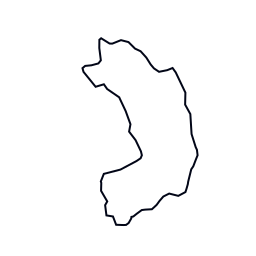 Boyo, Nord-Ouest, Cameroon, rotated 320°
{"feature_id": "32672807B40523536040617", "entity_name": "Boyo", "entity_type": "district", "adm_level": 2, "iso_a3": "CMR", "parent_name": "Cameroon", "parent_adm1": "Nord-Ouest", "projection": "mercator", "projection_center": [10.331, 6.408], "detail": "fine", "context": "isolated", "style": "outline", "palette": "ink", "viewbox_px": 256, "rotation_deg": 320, "n_neighbors": 0, "source": "geoboundaries", "source_scale": "gbopen_adm2", "svg_char_len": 1035}
<svg xmlns="http://www.w3.org/2000/svg" viewBox="0 0 256 256"><g transform="rotate(320 128 128)"><path d="M153.4,199.3L159.5,195.9L163.8,193.6L166.8,189.0L167.5,186.3L172.8,173.5L184.7,157.4L186.8,146.8L194.7,137.8L200.3,116.1L200.7,110.7L195.2,108.9L187.9,104.9L186.2,99.0L186.2,93.9L187.3,85.9L187.0,77.3L184.4,71.7L183.6,62.5L179.1,56.2L170.3,53.3L168.2,51.5L165.1,42.0L162.8,42.0L157.4,48.3L150.7,58.7L146.8,59.5L140.2,56.4L135.1,52.9L131.6,52.9L130.0,56.4L129.7,75.6L137.6,79.0L137.1,84.8L141.0,98.9L140.6,100.2L137.1,113.5L132.3,126.7L126.5,131.5L126.0,142.2L122.9,154.2L121.1,157.8L118.2,159.3L113.4,158.8L95.5,155.0L80.0,147.6L72.8,151.5L72.3,152.8L67.0,158.8L64.9,170.9L60.9,172.4L55.3,181.1L59.6,186.1L58.3,189.9L56.7,194.5L62.0,199.3L64.2,201.0L67.4,201.2L72.3,199.4L73.5,198.3L75.2,199.2L79.6,199.3L85.8,199.7L88.6,201.5L94.1,205.6L100.5,205.3L105.4,204.1L111.0,203.2L117.4,204.7L122.9,212.3L130.8,214.0L133.7,212.2L137.7,209.5L139.6,207.8L149.9,200.3L153.4,199.3Z" fill="none" stroke="#020617" stroke-width="2"/></g></svg>